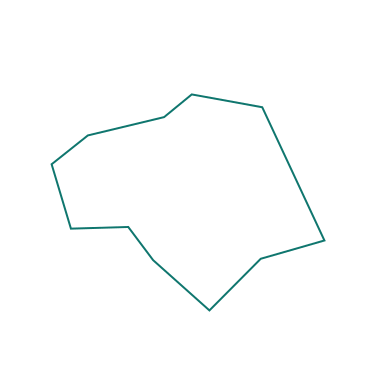 an SVG outline of Kirkop, rotated 291°
{"feature_id": "MLT-5970", "entity_name": "Kirkop", "entity_type": "state/province", "adm_level": 1, "iso_a3": "MLT", "parent_name": "Malta", "parent_adm1": "", "projection": "equal_earth", "projection_center": [14.483, 35.841], "detail": "fine", "context": "isolated", "style": "outline", "palette": "teal", "viewbox_px": 384, "rotation_deg": 291, "n_neighbors": 0, "source": "natural_earth", "source_scale": "10m", "svg_char_len": 306}
<svg xmlns="http://www.w3.org/2000/svg" viewBox="0 0 384 384"><g transform="rotate(291 192 192)"><path d="M194.2,333.0L154.3,280.1L87.7,250.7L114.4,180.2L136.5,145.0L114.4,92.1L167.6,51.0L207.5,74.5L251.9,139.1L283.0,156.8L296.3,227.2L194.2,333.0Z" fill="none" stroke="#0f766e" stroke-width="2"/></g></svg>